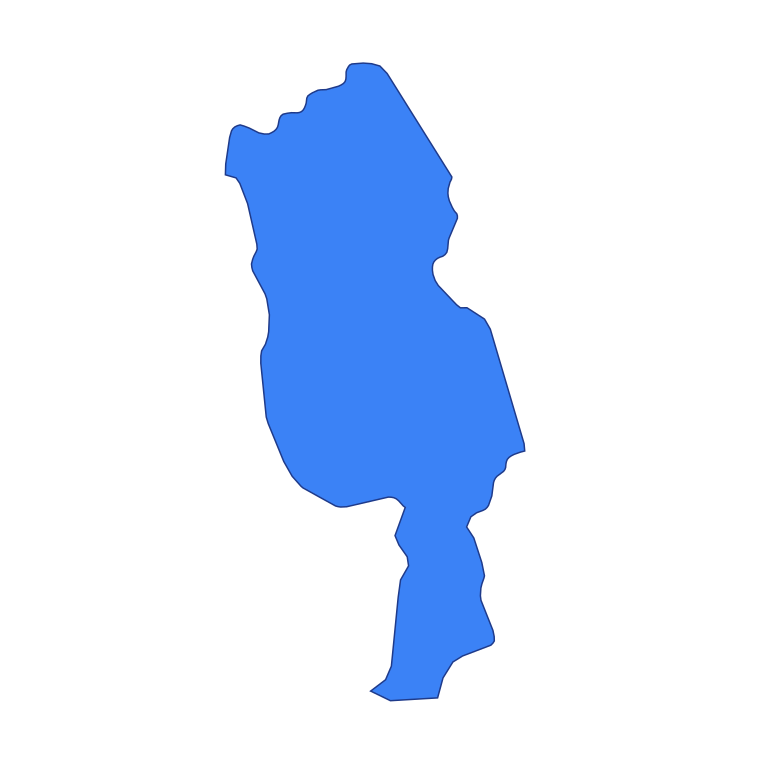 outline of Diourbel, rotated 74°
{"feature_id": "SEN-763", "entity_name": "Diourbel", "entity_type": "Region", "adm_level": 1, "iso_a3": "SEN", "parent_name": "Senegal", "parent_adm1": "", "projection": "albers", "projection_center": [-16.16, 14.769], "detail": "fine", "context": "isolated", "style": "filled", "palette": "blue", "viewbox_px": 768, "rotation_deg": 74, "n_neighbors": 0, "source": "natural_earth", "source_scale": "10m", "svg_char_len": 2290}
<svg xmlns="http://www.w3.org/2000/svg" viewBox="0 0 768 768"><g transform="rotate(74 384 384)"><path d="M582.6,339.2L596.1,340.3L598.2,341.5L603.0,344.9L606.8,347.1L614.1,349.7L618.6,350.4L650.9,347.2L657.1,347.7L661.4,348.8L663.1,350.7L664.5,353.2L667.1,383.5L670.2,394.4L682.8,408.3L700.5,419.0L690.2,465.1L675.5,481.5L668.7,464.0L657.3,454.7L592.8,429.1L576.9,422.1L565.6,410.5L556.5,409.3L542.9,414.0L532.8,415.2L508.5,397.6L506.5,399.1L500.3,402.1L497.8,403.8L496.0,405.9L494.8,408.3L493.9,411.0L491.7,453.7L490.3,459.6L489.2,462.0L487.9,464.2L461.6,490.5L459.5,491.9L447.4,497.7L430.9,501.7L390.1,506.2L383.3,506.3L330.1,496.7L323.0,494.6L318.4,492.5L313.1,487.0L306.8,482.8L302.1,480.5L285.9,475.1L269.8,473.2L264.5,473.5L239.1,479.0L235.7,478.9L232.1,478.3L228.0,475.9L225.3,473.9L221.5,470.3L219.3,468.7L214.6,467.7L173.0,465.4L151.4,467.3L145.1,469.4L139.2,478.8L128.9,475.5L104.4,464.4L98.6,460.8L97.0,459.0L95.8,456.6L95.3,453.9L95.3,450.9L97.5,447.4L100.9,442.9L108.1,435.1L110.7,430.2L111.9,425.8L111.4,422.8L110.7,420.0L109.5,417.6L107.9,415.7L105.8,414.3L101.2,412.0L99.2,410.6L97.7,408.9L96.8,406.6L97.1,402.2L97.7,398.2L99.4,392.7L99.7,390.5L99.4,388.2L98.3,386.1L96.7,384.4L94.7,382.8L92.6,381.4L87.9,379.4L86.1,377.8L85.1,375.3L84.3,372.4L83.4,366.5L83.8,363.7L85.1,358.4L85.2,345.7L84.7,342.7L83.9,340.1L82.5,338.0L80.4,336.6L78.0,335.7L73.6,334.4L71.6,333.2L68.9,330.5L67.9,329.0L67.5,326.7L69.8,315.5L72.7,307.6L77.2,300.3L86.4,295.4L203.7,261.7L205.6,262.6L207.0,263.8L208.1,264.9L213.8,268.4L218.2,270.0L221.7,270.6L226.0,270.7L233.0,269.7L236.7,268.8L238.9,267.9L239.4,267.6L239.6,267.5L239.9,267.3L240.7,267.1L242.6,267.1L245.0,267.8L261.4,281.0L263.5,282.4L271.5,285.5L274.7,287.3L276.4,289.6L277.4,292.3L277.5,295.2L278.0,298.0L279.0,300.4L280.4,302.4L282.3,304.0L284.9,305.2L288.0,306.1L292.2,306.7L298.7,306.3L304.3,304.7L327.7,292.5L331.8,289.6L333.6,283.2L349.3,269.5L360.6,266.7L479.9,265.8L487.2,267.2L487.1,271.7L487.5,278.2L488.1,281.3L489.0,284.0L490.4,286.2L492.3,287.7L494.4,288.8L497.8,290.1L499.5,291.3L500.9,293.1L503.8,300.7L505.1,302.7L506.9,304.5L509.0,305.9L521.3,311.2L529.5,317.0L531.0,318.8L532.2,321.0L532.8,323.9L533.3,330.5L535.6,337.1L544.2,344.0L556.8,340.1L582.6,339.2Z" fill="#3b82f6" stroke="#1e3a8a" stroke-width="1.5"/></g></svg>